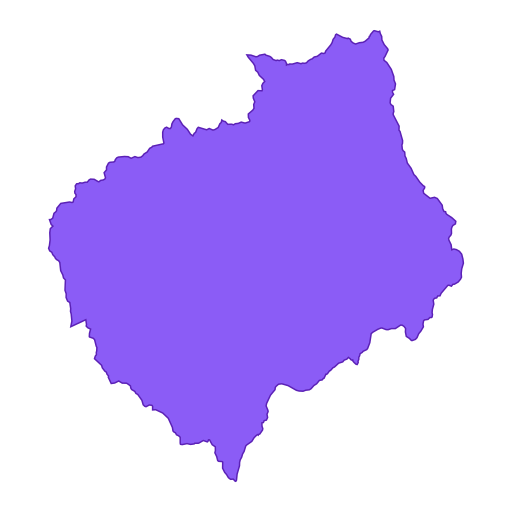 Daniel Alcides Carrion, Pasco, Peru
{"feature_id": "86281439B88138122201247", "entity_name": "Daniel Alcides Carrion", "entity_type": "district", "adm_level": 2, "iso_a3": "PER", "parent_name": "Peru", "parent_adm1": "Pasco", "projection": "natural_earth1", "projection_center": [-76.463, -10.516], "detail": "fine", "context": "isolated", "style": "filled", "palette": "violet", "viewbox_px": 512, "rotation_deg": 0, "n_neighbors": 0, "source": "geoboundaries", "source_scale": "gbopen_adm2", "svg_char_len": 5950}
<svg xmlns="http://www.w3.org/2000/svg" viewBox="0 0 512 512"><path d="M246.9,54.9L248.3,57.3L253.4,63.4L254.8,65.8L255.6,70.3L257.8,72.2L259.3,75.4L263.5,79.3L264.7,81.5L262.9,83.3L261.8,85.7L262.4,89.6L262.0,90.8L258.0,90.6L253.1,95.8L253.3,98.1L254.8,101.8L253.7,104.5L254.0,108.3L252.8,110.1L248.3,114.0L248.4,117.4L249.8,120.2L249.8,121.1L249.4,121.7L245.1,123.1L241.2,122.1L238.3,123.4L235.3,123.7L233.6,124.8L231.6,124.2L227.7,124.3L225.3,121.6L223.3,121.1L221.8,120.0L221.2,122.5L219.9,123.7L218.2,127.5L215.0,129.5L213.0,130.1L209.2,128.5L206.7,129.8L198.3,127.3L197.1,128.6L195.6,132.3L194.2,133.4L192.9,135.9L190.5,134.2L187.3,129.3L182.6,124.9L178.8,118.7L176.3,118.4L175.3,118.7L173.0,121.7L171.9,123.9L171.4,127.0L170.4,128.5L168.9,128.5L166.6,127.2L164.9,128.0L163.4,129.8L162.7,132.2L162.7,137.1L163.9,143.0L163.4,143.8L152.6,146.2L151.7,147.3L149.7,148.3L147.2,152.0L144.0,154.0L142.7,155.8L140.8,157.2L137.9,157.6L134.9,156.6L131.1,158.3L128.2,156.7L124.4,156.5L118.3,157.1L116.8,157.8L115.4,159.5L114.7,161.4L113.7,162.0L109.9,162.3L108.5,163.1L106.5,167.0L106.5,169.9L104.1,172.7L105.5,177.8L104.8,179.1L103.1,180.0L100.6,180.4L99.1,181.7L98.3,181.7L94.2,179.3L90.6,179.1L89.2,179.8L87.3,182.2L85.1,182.2L82.2,183.1L79.8,182.8L78.7,183.6L76.6,183.8L75.2,185.9L75.6,188.8L74.7,191.4L74.9,193.2L76.0,194.6L76.0,196.8L73.8,198.9L73.2,201.9L72.1,202.5L69.5,202.0L60.8,203.4L56.9,208.1L56.6,210.5L56.0,211.6L54.0,213.3L52.7,218.2L50.9,219.5L49.5,219.6L51.2,224.5L52.9,226.1L50.3,228.7L49.8,232.7L50.1,240.0L49.4,245.7L48.6,248.3L49.7,250.9L51.8,252.3L52.8,254.7L54.8,256.9L55.4,258.3L56.6,259.6L58.6,260.7L59.8,262.5L60.7,270.7L62.8,274.9L63.5,277.9L65.4,279.9L65.0,290.3L66.2,293.8L66.1,297.5L67.6,301.1L69.8,302.5L70.7,308.6L70.5,311.4L71.2,314.0L71.9,321.1L70.8,326.7L85.8,319.7L86.5,324.4L86.2,326.1L87.7,327.7L90.6,329.1L89.5,333.2L89.3,336.5L89.5,337.0L93.3,338.3L94.6,339.7L96.2,346.1L96.9,347.5L96.7,351.1L96.3,352.3L96.4,354.7L95.3,356.1L94.5,358.7L101.6,365.3L102.3,367.8L104.8,371.1L106.4,372.2L107.0,374.2L108.5,375.9L108.3,377.3L111.2,383.5L114.7,383.0L118.7,381.0L122.2,383.1L126.6,383.2L127.4,383.7L130.4,385.8L130.8,388.1L131.6,389.5L134.8,391.4L135.9,393.4L137.8,394.5L141.9,400.3L143.2,404.8L144.8,406.3L146.0,406.7L149.3,405.0L151.9,405.3L152.6,406.3L152.6,409.9L155.7,409.7L162.7,413.0L168.3,418.3L172.4,427.4L173.0,431.0L174.3,432.3L175.4,432.7L176.5,434.8L178.7,435.8L180.2,437.3L180.2,443.2L180.5,444.3L182.2,444.6L187.0,443.6L190.6,444.4L194.2,443.9L194.7,443.3L198.6,443.2L203.3,440.5L207.3,441.9L207.9,441.5L208.5,439.8L209.5,439.8L212.2,444.7L215.3,446.8L215.4,450.6L214.9,452.8L216.7,456.6L217.7,460.6L218.7,461.3L222.2,461.6L222.7,462.1L222.6,468.2L224.7,472.4L226.6,474.6L228.3,477.5L229.5,478.6L230.7,479.3L233.2,479.1L235.3,481.3L236.1,481.0L236.5,480.1L237.1,474.1L239.5,465.8L239.6,462.4L240.2,459.9L241.7,457.1L242.5,454.2L244.1,451.4L245.7,446.1L246.5,445.1L251.8,441.4L254.1,437.7L256.4,435.4L257.6,434.6L258.2,435.1L258.4,434.5L259.8,434.0L262.5,430.1L262.8,428.7L262.0,426.2L261.9,422.9L263.4,422.5L264.2,420.6L266.4,420.1L267.6,417.5L267.0,414.2L268.1,411.6L267.9,410.3L266.1,405.9L266.6,403.4L270.5,395.1L275.0,389.7L275.3,387.4L276.1,386.3L278.5,384.2L281.8,383.8L288.1,385.6L296.4,390.3L299.1,391.0L303.1,391.2L305.8,390.2L309.3,389.8L311.1,388.7L313.9,385.5L316.6,383.8L319.4,380.4L322.2,379.9L323.4,378.4L324.1,378.2L325.9,374.2L326.7,374.3L327.6,373.5L329.6,370.7L330.4,370.6L333.0,367.7L334.5,367.0L338.6,363.2L342.7,361.9L344.2,360.1L346.9,359.1L348.4,357.4L350.4,358.9L350.6,359.5L352.2,360.3L352.7,360.0L353.0,361.2L354.2,362.6L356.1,364.3L357.2,364.5L358.2,362.5L358.0,361.4L358.8,359.3L358.8,357.4L359.6,355.8L360.1,353.7L362.2,352.4L363.1,351.3L366.7,349.6L367.6,348.5L369.8,342.7L371.2,333.6L373.0,332.1L377.8,329.3L380.7,328.1L381.9,328.0L386.1,329.6L388.1,329.7L391.4,328.6L395.3,328.6L400.6,325.1L402.2,325.2L404.1,326.5L405.6,328.5L405.4,332.0L406.3,336.4L409.4,338.4L411.3,340.4L412.0,340.6L415.4,339.4L417.0,337.7L418.7,333.7L420.8,331.2L423.4,326.8L423.0,324.1L423.6,320.8L424.5,319.9L428.0,319.4L429.9,317.5L431.2,317.6L432.1,317.0L432.5,314.5L432.1,312.7L432.4,309.3L433.8,304.2L433.2,300.2L433.8,299.2L434.5,298.3L436.7,297.9L437.7,296.0L440.0,295.8L441.1,293.3L447.8,285.4L449.0,285.2L451.4,286.2L452.9,284.3L454.4,284.2L458.2,282.0L460.5,279.2L461.5,277.2L461.2,273.4L461.7,268.9L463.4,263.2L462.9,259.0L461.7,254.2L459.4,251.3L456.4,249.6L453.8,249.0L451.8,249.8L451.1,244.7L448.9,240.1L448.6,238.6L449.1,237.2L450.9,235.1L451.5,233.4L451.4,228.9L451.9,227.2L452.8,225.5L455.4,223.9L455.8,221.3L452.1,217.9L446.7,214.3L446.0,213.4L445.6,211.7L444.0,211.5L442.7,208.8L442.2,205.2L437.3,198.5L434.5,197.3L430.1,198.3L423.7,193.3L423.1,190.5L424.7,187.8L424.6,186.5L423.2,185.7L419.8,182.2L415.8,176.4L413.9,174.6L411.1,168.3L407.3,163.0L406.2,158.4L405.0,156.1L404.7,152.1L403.0,150.6L402.3,149.1L401.9,145.0L402.5,143.3L402.6,140.6L400.0,131.4L399.0,130.2L399.1,126.1L393.2,114.7L393.2,113.3L393.8,111.6L393.2,106.2L390.9,104.5L390.1,102.8L390.6,98.2L393.6,94.3L392.5,92.4L392.5,90.5L394.6,89.6L395.5,83.9L394.0,80.1L393.8,76.5L391.3,69.4L386.8,62.5L384.0,60.3L383.8,58.1L385.0,56.5L388.1,50.0L387.7,48.8L384.2,44.6L381.9,40.0L381.7,36.4L380.3,33.6L379.7,31.2L378.4,31.8L374.4,30.7L373.6,30.9L370.5,34.5L370.1,35.9L369.3,36.4L369.0,37.9L365.2,41.2L363.1,42.3L359.4,42.7L355.6,44.0L353.3,43.1L351.1,41.3L350.3,39.2L348.1,38.1L347.5,38.6L342.8,37.4L336.5,34.1L335.6,34.8L334.9,37.1L333.1,39.4L332.2,42.4L330.9,44.7L325.6,51.2L325.2,52.8L323.8,53.5L321.4,53.1L317.3,56.3L314.2,57.0L312.1,58.9L310.6,59.4L308.2,60.9L306.5,62.8L304.8,63.3L302.5,63.1L301.0,63.7L297.2,62.7L292.3,64.1L289.5,64.0L288.9,64.6L287.7,64.4L286.5,65.0L286.5,63.6L285.5,61.2L284.5,60.4L281.4,59.7L279.4,60.6L277.2,60.1L276.1,60.6L273.1,59.5L271.4,57.5L269.8,56.4L265.8,55.1L264.9,54.2L259.6,55.2L257.6,56.5L256.0,56.8L250.9,55.1L246.9,54.9Z" fill="#8b5cf6" stroke="#5b21b6" stroke-width="1.5"/></svg>